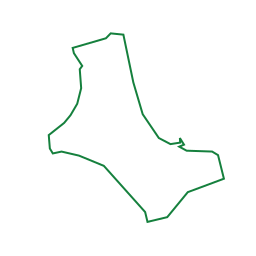 Chester, Tennessee, United States of America (Robinson projection), rotated 256°
{"feature_id": "52423323B69981881388285", "entity_name": "Chester", "entity_type": "district", "adm_level": 2, "iso_a3": "USA", "parent_name": "United States of America", "parent_adm1": "Tennessee", "projection": "robinson", "projection_center": [-88.588, 35.42], "detail": "fine", "context": "isolated", "style": "outline", "palette": "green", "viewbox_px": 256, "rotation_deg": 256, "n_neighbors": 0, "source": "geoboundaries", "source_scale": "gbopen_adm2", "svg_char_len": 549}
<svg xmlns="http://www.w3.org/2000/svg" viewBox="0 0 256 256"><g transform="rotate(256 128 128)"><path d="M219.7,146.1L224.0,134.1L220.4,128.3L219.1,93.7L213.7,93.6L199.3,98.6L196.7,95.4L178.0,92.2L163.8,84.6L154.3,75.3L148.4,67.3L140.3,49.4L127.0,47.2L121.5,48.9L121.2,57.8L113.1,73.7L97.1,95.4L42.3,124.3L32.2,124.2L32.0,144.5L51.3,170.5L55.6,208.8L79.9,208.8L84.8,203.9L91.8,179.4L97.5,173.2L98.3,178.3L105.7,175.9L101.2,175.1L102.1,165.3L110.8,155.5L137.8,145.6L170.9,144.2L219.7,146.1Z" fill="none" stroke="#15803d" stroke-width="2"/></g></svg>